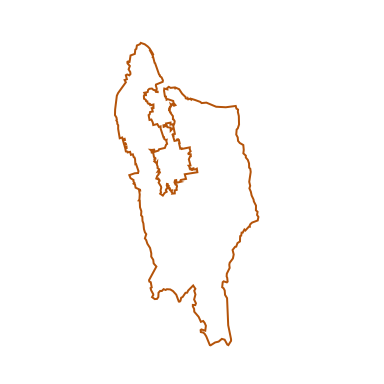 Deli Serdang, Sumatera Utara, Indonesia (Equal Earth projection), rotated 345°
{"feature_id": "22746128B17104196518473", "entity_name": "Deli Serdang", "entity_type": "district", "adm_level": 2, "iso_a3": "IDN", "parent_name": "Indonesia", "parent_adm1": "Sumatera Utara", "projection": "equal_earth", "projection_center": [98.729, 3.48], "detail": "fine", "context": "isolated", "style": "outline", "palette": "amber", "viewbox_px": 384, "rotation_deg": 345, "n_neighbors": 0, "source": "geoboundaries", "source_scale": "gbopen_adm2", "svg_char_len": 6069}
<svg xmlns="http://www.w3.org/2000/svg" viewBox="0 0 384 384"><g transform="rotate(345 192 192)"><path d="M192.8,76.7L192.3,73.5L191.0,71.8L191.2,70.9L190.6,70.0L189.7,58.0L189.3,57.6L189.4,52.2L188.9,51.7L189.5,50.7L187.8,43.4L190.2,49.9L189.8,47.7L188.2,42.4L186.9,40.0L184.5,37.0L181.1,34.7L179.8,35.8L176.7,36.2L175.3,39.3L174.1,39.8L172.5,43.8L168.0,44.2L165.3,50.3L164.5,50.4L164.0,49.4L163.2,49.7L163.0,51.2L164.6,54.2L162.5,57.1L163.4,60.2L163.1,62.1L161.7,63.1L159.8,61.7L158.3,62.1L158.3,66.2L155.9,66.4L156.5,68.9L146.2,77.3L144.3,79.6L139.1,92.4L137.5,97.8L138.3,100.5L138.1,102.8L137.5,103.2L137.9,105.0L137.5,106.9L138.0,108.4L137.0,111.9L136.1,121.4L138.7,121.3L138.7,123.4L140.7,123.2L140.7,124.4L138.7,124.5L138.7,127.6L140.3,127.6L140.6,128.3L140.6,128.8L138.8,128.8L138.8,131.1L140.5,131.2L140.2,132.7L138.8,132.7L138.6,135.7L140.1,136.3L140.1,137.1L142.6,137.2L142.6,140.3L144.6,140.3L144.7,143.2L145.4,143.8L145.5,145.5L144.5,150.5L145.2,150.5L145.7,158.0L144.8,159.7L141.5,159.1L135.8,159.5L136.2,162.7L138.6,165.3L138.2,166.8L138.8,168.4L137.8,168.9L138.9,170.1L138.6,173.2L142.4,176.4L142.3,177.2L141.3,177.0L140.9,180.8L139.3,185.6L138.4,186.4L139.3,186.8L137.8,193.4L138.1,197.4L136.8,201.3L137.6,203.0L136.7,207.1L136.9,209.8L136.0,215.4L136.1,218.7L136.9,220.9L134.5,224.6L135.3,226.6L135.5,230.4L137.0,235.2L136.8,240.7L135.9,243.9L137.0,247.4L136.5,251.1L138.3,254.8L127.7,266.0L127.6,267.5L128.8,268.5L128.4,273.7L127.1,274.1L127.1,276.4L128.1,280.5L128.0,281.4L126.2,283.2L128.3,285.8L130.5,286.2L132.3,284.7L133.6,280.6L135.6,279.3L137.2,279.8L139.4,278.5L141.2,279.8L142.6,279.4L145.8,280.5L148.0,282.8L150.2,287.1L150.9,294.4L151.7,294.7L152.7,294.1L154.2,291.3L155.8,291.0L159.6,287.7L161.3,288.0L162.8,286.2L168.9,282.6L170.2,286.4L168.6,288.0L168.8,291.9L166.2,296.4L167.0,300.5L165.9,302.1L163.6,301.3L163.2,302.8L163.8,305.4L163.2,308.2L166.1,314.3L167.0,319.7L169.4,319.5L170.3,321.6L170.8,324.8L168.9,329.4L165.5,327.2L164.6,327.6L164.3,329.6L166.5,330.7L167.5,332.2L168.4,335.1L169.6,344.5L170.3,344.9L175.4,343.3L179.0,343.4L182.8,341.6L185.3,343.1L186.6,348.5L187.5,349.3L191.2,345.9L191.6,344.4L192.5,330.0L198.4,303.6L197.3,299.9L198.1,295.6L197.6,293.2L196.5,291.8L198.3,287.1L199.4,286.5L202.3,288.3L203.2,287.8L203.8,284.0L203.6,282.5L204.5,279.9L208.7,275.1L209.2,271.9L210.1,270.1L214.3,266.8L216.1,263.2L216.2,258.5L219.4,256.1L220.6,256.2L222.7,253.1L225.5,252.2L227.1,247.1L228.2,246.9L229.4,244.1L230.4,244.4L232.9,241.8L233.6,243.0L237.8,240.3L238.9,240.5L239.0,239.4L240.0,238.2L242.1,237.1L248.1,236.5L249.7,233.3L248.9,231.0L250.2,228.1L249.0,226.2L250.3,221.7L249.3,217.1L249.5,215.2L248.7,210.8L248.9,207.0L248.4,203.3L249.8,201.1L249.9,197.0L253.9,187.8L254.3,184.6L253.5,183.3L254.5,179.1L254.2,175.4L252.9,172.6L253.4,170.8L251.6,168.0L252.9,164.7L253.7,159.9L250.8,157.0L249.7,154.5L250.3,151.1L249.6,148.0L251.3,143.2L252.6,142.5L254.9,139.0L256.9,130.7L257.0,126.6L257.8,124.3L256.5,122.9L256.5,120.2L246.6,118.9L237.4,115.9L229.0,109.4L224.3,108.6L223.3,107.1L218.6,103.8L215.9,102.1L215.4,102.5L215.0,101.4L215.0,102.9L214.6,101.4L212.3,101.5L212.1,100.3L211.6,100.7L210.2,99.9L210.4,98.7L207.9,94.5L206.2,89.4L203.1,86.9L202.5,87.4L202.2,86.5L198.3,85.9L196.8,84.4L195.1,85.1L194.8,86.5L192.0,84.9L191.2,87.0L190.6,92.6L191.5,93.1L191.0,94.2L191.5,95.0L191.3,96.3L192.7,96.1L197.4,99.2L197.3,101.3L198.5,103.8L196.9,104.0L195.6,102.0L194.7,102.8L194.2,102.0L194.2,103.5L193.2,104.4L192.7,104.1L192.0,106.3L191.4,105.8L191.0,107.0L191.6,107.2L191.4,109.0L192.1,109.7L191.8,110.3L193.2,113.8L192.4,116.8L193.0,117.1L193.6,119.1L192.7,121.2L191.0,123.4L191.0,121.6L188.6,121.4L189.2,119.4L184.7,119.1L184.7,120.3L181.7,120.2L181.5,121.7L184.8,121.4L185.0,123.0L188.0,124.3L187.3,127.2L190.9,125.0L190.5,131.4L188.7,131.3L188.7,132.5L188.1,132.2L188.3,138.1L191.2,138.3L191.2,137.4L192.2,137.4L192.8,138.2L192.7,141.6L192.1,141.6L191.9,147.1L193.3,147.1L193.3,147.8L201.4,148.3L200.9,150.2L201.2,152.3L198.5,153.8L198.5,154.5L200.5,155.2L200.1,157.2L199.3,157.2L197.4,159.6L197.4,165.9L195.6,165.7L196.0,166.7L195.9,168.7L196.3,168.7L196.3,169.6L197.3,169.7L197.3,170.5L197.9,170.7L198.0,169.7L198.6,170.0L198.8,169.5L199.6,169.5L199.6,170.5L200.8,171.1L202.7,170.7L202.3,174.3L189.6,173.0L189.6,177.8L184.2,177.5L183.2,178.8L183.8,179.2L179.7,179.1L179.7,177.6L178.0,177.4L179.6,177.4L179.8,176.4L178.6,176.3L178.0,177.4L178.3,177.6L177.6,178.2L178.0,180.6L179.1,181.5L178.9,182.9L178.0,184.3L177.8,186.0L176.0,186.1L175.8,185.2L175.0,188.9L172.6,188.5L173.0,188.0L172.3,187.0L172.9,185.6L172.1,185.8L171.6,185.0L172.0,184.9L171.7,183.7L171.1,183.4L171.5,182.5L170.6,181.4L171.0,180.3L170.4,180.2L170.6,178.0L169.9,177.7L169.3,179.1L169.6,182.0L168.5,182.1L167.2,183.4L167.6,185.2L165.3,185.8L162.9,187.9L160.8,185.4L162.0,184.3L162.0,182.5L163.4,179.9L163.5,178.6L162.2,174.3L163.5,172.9L163.2,172.5L163.6,172.0L163.0,170.4L162.2,170.7L161.0,169.8L162.6,167.5L164.4,166.3L164.6,165.1L166.0,164.9L165.8,162.8L164.7,163.0L166.2,161.6L164.9,159.8L165.4,158.7L165.2,156.3L166.0,154.0L165.0,154.8L163.5,152.6L164.2,152.2L164.1,150.7L165.1,150.5L165.0,149.9L163.9,149.8L165.1,149.5L164.3,148.3L164.7,144.1L163.3,143.5L163.5,141.9L162.7,140.5L164.4,141.1L164.4,143.2L165.6,143.1L165.7,141.2L166.4,141.3L166.4,143.5L170.4,143.3L171.2,142.2L177.2,142.4L179.2,139.6L180.4,139.1L180.4,136.2L181.0,135.0L180.1,135.0L179.0,133.8L179.1,131.8L178.6,131.8L178.1,122.6L178.6,120.5L176.9,120.6L176.1,117.4L171.9,117.3L172.1,114.7L171.5,111.5L169.6,111.4L170.0,106.5L171.2,106.1L172.2,103.9L174.9,104.1L174.9,101.6L175.3,101.4L174.9,100.6L175.4,100.5L175.0,100.0L176.6,100.7L177.4,97.5L175.0,97.5L174.5,96.6L174.0,96.9L173.7,95.7L172.7,95.5L172.1,94.1L172.3,92.9L171.2,92.3L171.2,90.9L169.8,89.5L170.4,86.7L171.0,86.1L172.6,86.5L172.8,85.4L171.8,84.8L171.6,83.8L175.0,84.0L176.1,82.0L177.5,81.3L180.1,81.7L181.2,83.4L182.8,84.2L183.1,86.6L183.3,86.1L184.7,86.6L184.8,86.2L183.4,85.7L183.0,84.5L184.3,84.0L184.7,83.1L184.6,79.9L185.0,78.9L192.2,78.0L192.8,76.7Z" fill="none" stroke="#b45309" stroke-width="2"/></g></svg>